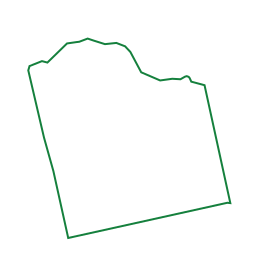 Lawrence, Illinois, United States of America (Albers equal-area conic projection), rotated 257°
{"feature_id": "52423323B54167037237770", "entity_name": "Lawrence", "entity_type": "district", "adm_level": 2, "iso_a3": "USA", "parent_name": "United States of America", "parent_adm1": "Illinois", "projection": "albers", "projection_center": [-87.62, 38.71], "detail": "fine", "context": "isolated", "style": "outline", "palette": "green", "viewbox_px": 256, "rotation_deg": 257, "n_neighbors": 0, "source": "geoboundaries", "source_scale": "gbopen_adm2", "svg_char_len": 511}
<svg xmlns="http://www.w3.org/2000/svg" viewBox="0 0 256 256"><g transform="rotate(257 128 128)"><path d="M34.3,45.0L32.8,208.0L31.8,210.8L152.5,212.2L158.9,200.1L162.8,199.3L164.2,198.6L165.3,196.9L165.2,195.1L163.7,190.1L166.0,182.2L167.1,170.0L179.3,153.4L201.6,147.4L206.2,144.7L208.2,143.6L213.5,135.8L214.9,124.4L220.9,114.2L224.2,108.8L223.0,99.9L223.3,97.1L224.1,87.6L209.9,64.2L212.5,59.2L210.5,46.0L206.6,43.8L137.6,44.0L102.8,45.6L34.3,45.0Z" fill="none" stroke="#15803d" stroke-width="2"/></g></svg>